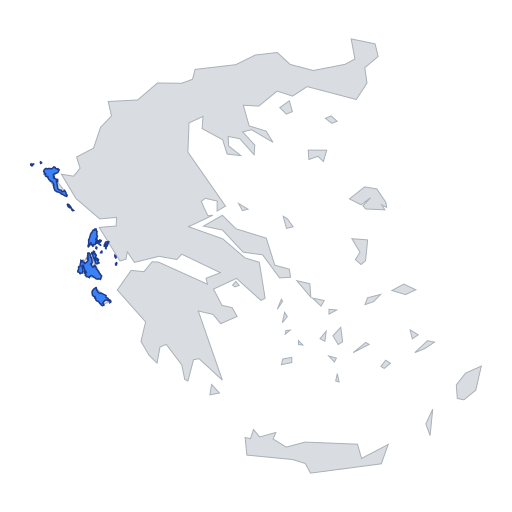 Ionion Nison, Ionioi Nisoi, Greece shown in context
{"feature_id": "26713481B82557054028644", "entity_name": "Ionion Nison", "entity_type": "district", "adm_level": 2, "iso_a3": "GRC", "parent_name": "Greece", "parent_adm1": "Ionioi Nisoi", "projection": "orthographic", "projection_center": [20.46, 38.773], "detail": "fine", "context": "in_parent", "style": "filled", "palette": "blue", "viewbox_px": 512, "rotation_deg": 0, "n_neighbors": 0, "source": "geoboundaries", "source_scale": "gbopen_adm2", "svg_char_len": 9373}
<svg xmlns="http://www.w3.org/2000/svg" viewBox="0 0 512 512"><path d="M351.2,38.9L375.1,43.9L378.1,56.5L364.8,67.7L367.0,83.0L356.3,99.5L307.1,86.6L292.6,96.1L277.1,91.1L258.8,106.1L243.3,105.2L249.1,125.9L266.1,131.1L273.0,142.3L251.5,129.7L242.6,131.9L254.8,145.1L254.1,154.7L239.8,138.7L228.1,136.5L228.7,146.0L240.8,155.6L227.2,154.1L222.6,139.7L202.1,128.6L203.0,116.4L189.0,122.9L187.9,152.1L225.5,206.1L217.1,211.0L217.2,201.1L205.2,198.3L201.3,201.4L203.7,207.0L207.9,215.8L212.9,215.2L188.5,226.7L222.8,238.9L245.0,257.9L259.3,262.3L265.1,298.2L260.9,300.4L236.5,278.4L213.5,289.1L222.0,305.4L232.1,307.6L237.1,316.4L220.7,323.7L213.1,314.4L198.3,311.0L222.3,380.1L199.1,358.7L193.5,359.7L187.9,381.0L184.7,379.3L181.8,364.9L166.3,344.4L160.0,347.0L157.0,363.1L149.0,355.2L141.0,341.4L145.6,321.9L117.3,290.0L131.1,270.4L143.9,271.7L152.1,261.8L158.5,262.1L207.5,284.2L206.0,278.3L220.4,272.7L181.8,254.2L176.8,259.5L159.0,256.3L134.5,262.4L127.3,251.9L126.0,259.2L120.0,261.0L99.2,227.4L116.2,226.0L116.5,217.4L99.7,218.9L76.0,198.6L61.4,174.2L73.5,176.2L80.1,168.3L76.6,157.0L93.5,148.2L100.6,127.3L111.5,115.9L108.2,101.5L137.6,100.0L157.5,83.0L181.5,83.3L192.5,79.3L195.1,69.4L235.7,64.7L255.4,55.0L277.3,52.5L290.1,64.4L313.3,70.5L345.1,64.3L354.9,59.0L351.2,38.9ZM259.7,437.0L275.8,432.5L273.1,439.0L286.2,447.1L305.0,442.1L357.5,444.2L361.5,458.4L388.2,444.5L381.3,463.8L310.5,473.1L305.3,463.5L292.4,459.5L246.9,455.1L245.1,437.5L250.5,438.7L253.5,429.5L259.7,437.0ZM222.4,215.3L236.0,228.8L266.3,238.2L274.8,265.2L289.4,269.2L290.5,277.3L279.6,277.9L262.6,254.8L243.1,252.2L222.5,230.0L203.5,226.1L222.4,215.3ZM376.8,188.9L385.9,202.4L386.6,207.3L381.7,204.9L384.9,209.8L365.7,209.0L362.9,205.7L370.6,197.7L361.1,204.8L349.5,198.9L364.6,186.9L376.8,188.9ZM463.9,399.8L457.3,398.5L456.3,384.9L465.6,373.1L481.3,366.1L475.8,390.1L463.9,399.8ZM365.6,260.6L361.1,264.5L355.4,259.6L360.0,252.3L351.9,238.7L367.6,239.9L365.6,260.6ZM89.0,252.9L100.3,274.1L99.0,278.7L87.0,276.4L83.5,268.3L78.5,271.7L89.0,252.9ZM65.0,191.8L55.5,189.9L44.0,170.4L57.7,170.1L53.8,176.8L65.0,191.8ZM326.7,150.2L323.4,161.5L317.9,156.3L308.9,159.5L308.2,150.1L326.7,150.2ZM403.8,284.1L415.8,289.8L405.5,294.6L391.9,290.5L403.8,284.1ZM292.4,111.6L286.4,114.1L279.8,107.6L289.3,100.8L292.4,111.6ZM95.5,287.7L110.8,301.7L101.9,304.5L91.9,292.4L95.5,287.7ZM342.6,341.8L338.2,344.5L332.9,335.8L340.8,327.3L342.6,341.8ZM309.8,283.7L310.8,297.2L296.8,280.7L309.8,283.7ZM432.7,409.2L430.1,435.6L425.8,423.9L432.7,409.2ZM96.5,242.5L88.6,246.1L95.5,229.4L96.5,242.5ZM219.4,393.0L209.9,394.9L211.6,384.5L219.4,393.0ZM414.8,352.6L427.5,340.7L434.5,342.1L424.8,348.6L414.8,352.6ZM365.0,304.6L367.5,297.8L380.6,294.4L373.7,301.6L365.0,304.6ZM326.2,331.2L324.9,341.3L320.0,338.7L326.2,331.2ZM324.2,300.5L321.0,306.1L312.5,298.1L324.2,300.5ZM293.1,226.8L286.5,228.4L283.2,216.3L287.2,218.6L293.1,226.8ZM337.1,121.3L331.8,123.3L325.4,118.3L331.1,115.9L337.1,121.3ZM291.8,357.4L291.8,362.5L281.4,364.7L282.8,359.0L291.8,357.4ZM369.1,344.4L353.2,352.6L365.8,342.4L369.1,344.4ZM282.6,301.3L277.3,309.2L281.4,299.2L282.6,301.3ZM336.7,310.0L329.0,314.1L329.0,309.3L336.7,310.0ZM390.5,363.3L384.2,368.4L380.9,366.4L385.7,360.2L390.5,363.3ZM418.2,334.8L412.3,338.8L410.1,329.9L418.2,334.8ZM287.3,316.5L282.4,322.7L284.6,312.3L287.3,316.5ZM95.9,254.4L96.3,262.9L92.0,252.6L95.9,254.4ZM336.4,358.1L334.4,362.0L328.7,355.9L336.4,358.1ZM248.0,209.2L242.4,210.6L238.6,203.5L248.0,209.2ZM239.2,285.3L235.0,286.9L232.6,285.2L235.7,281.3L239.2,285.3ZM290.3,330.1L285.2,334.2L285.9,330.6L290.3,330.1ZM337.3,373.6L339.1,382.0L335.7,381.0L337.3,373.6ZM302.9,345.0L298.5,344.6L298.5,340.6L302.9,345.0Z" fill="#d9dde1" stroke="#a8b0b8" stroke-width="1"/><path d="M89.1,253.0L87.9,253.0L87.7,253.3L88.0,254.1L87.6,255.6L88.0,256.1L87.8,257.0L88.3,258.6L88.2,258.9L87.8,259.1L87.7,258.6L87.2,258.5L87.2,258.9L88.0,259.4L88.2,260.1L87.5,261.5L85.3,263.3L84.7,263.5L84.3,262.4L83.7,262.7L83.1,262.3L83.0,261.8L82.9,260.4L82.0,260.7L81.3,261.8L81.2,260.9L80.9,260.4L80.7,260.9L80.8,262.2L80.2,264.5L80.2,265.7L79.8,266.4L78.8,266.6L78.5,267.2L78.7,269.0L77.7,271.1L77.8,271.8L78.1,272.1L78.8,272.2L79.6,272.7L79.9,273.6L80.2,273.7L80.4,273.3L82.8,272.9L82.8,268.8L82.3,267.8L82.4,266.8L81.9,266.2L82.3,265.4L83.1,265.3L83.4,265.4L83.8,267.6L84.5,268.9L84.9,270.2L85.4,270.6L85.8,271.7L86.4,272.5L86.2,272.7L85.9,272.7L84.7,270.9L84.3,271.1L84.9,272.3L84.6,273.1L85.7,274.6L85.3,275.4L86.3,276.2L86.5,276.7L87.5,276.6L89.2,277.5L89.2,276.9L89.7,276.5L90.3,276.3L90.9,275.8L91.8,275.7L92.9,276.2L93.8,277.1L95.4,278.0L96.0,278.8L98.0,279.2L99.1,278.7L100.4,279.4L100.8,278.8L100.9,277.8L101.6,276.3L101.5,275.6L100.5,274.8L100.0,273.8L99.4,273.2L98.6,271.6L96.5,268.9L95.6,266.5L95.4,266.3L94.5,266.5L94.9,265.6L94.8,265.3L94.6,265.3L94.1,265.6L94.1,266.1L93.3,267.1L92.6,267.1L91.7,265.6L91.4,264.5L90.7,264.0L92.2,262.9L92.0,260.8L91.4,257.6L90.7,257.3L90.8,256.8L90.3,255.8L90.0,253.8L89.1,253.0ZM55.2,167.4L53.8,166.9L52.6,168.2L51.3,168.9L50.6,168.6L49.5,168.6L49.0,168.4L47.4,169.0L46.3,168.4L45.5,168.6L44.5,169.5L43.7,171.2L43.1,171.3L43.7,171.5L44.3,172.3L44.4,173.3L44.3,174.0L44.5,174.0L44.8,173.2L45.7,173.8L45.3,175.6L45.5,176.0L46.6,176.7L47.3,176.3L47.9,176.6L47.8,177.4L48.8,179.5L50.1,180.3L50.2,181.0L51.7,181.5L52.8,182.7L53.9,184.6L53.5,185.6L53.8,186.4L53.9,187.7L54.9,190.4L57.1,191.9L58.0,191.9L60.1,192.8L61.3,194.0L62.8,194.5L65.4,196.1L66.1,196.0L66.7,196.4L67.2,195.2L66.4,194.4L66.0,193.6L65.9,192.5L64.6,190.4L63.9,191.1L62.1,191.8L61.7,191.5L61.3,190.3L59.7,190.0L58.1,189.1L57.7,188.5L57.5,187.2L57.5,185.7L57.0,184.5L56.8,183.2L57.0,182.0L56.4,181.2L56.6,180.6L56.8,180.8L57.0,181.7L57.7,181.4L57.7,180.7L57.4,180.4L57.7,179.6L57.6,179.4L56.4,179.3L54.7,178.6L54.1,178.0L53.9,178.1L53.5,177.3L53.7,177.1L54.3,177.1L54.2,176.7L53.5,176.2L53.6,175.3L53.3,175.0L53.7,174.2L54.4,174.1L55.4,173.3L56.4,173.2L57.8,172.5L59.2,169.9L58.5,169.2L58.3,169.6L57.9,169.4L57.4,168.7L56.9,169.0L55.8,168.5L55.4,168.1L55.2,167.4ZM99.7,293.4L98.0,292.2L97.5,290.9L97.1,290.8L96.8,290.3L96.7,289.9L96.4,289.3L96.4,288.3L96.2,287.6L95.9,287.6L93.5,289.3L92.4,290.8L92.1,292.1L92.1,293.0L92.4,293.6L92.3,294.7L92.4,295.1L93.4,296.2L94.9,296.6L95.0,297.0L94.6,297.3L94.6,298.0L95.6,298.4L95.7,299.6L96.5,300.7L98.8,301.8L99.7,303.3L100.4,304.0L101.0,304.1L101.1,304.8L101.7,305.3L102.6,305.7L104.0,305.1L103.9,304.4L102.8,303.4L103.1,302.4L103.9,301.7L104.3,300.9L105.6,300.1L107.0,300.0L107.5,300.5L109.2,301.0L109.9,301.8L110.5,301.9L110.3,302.4L110.8,302.1L110.6,300.6L110.4,300.3L108.5,299.4L108.1,298.4L106.0,297.4L105.9,297.1L106.1,295.6L102.2,293.6L100.5,293.0L99.7,293.4ZM95.0,230.0L94.9,229.6L95.6,229.0L95.0,228.9L94.4,230.2L93.5,229.9L93.1,230.2L92.4,231.2L91.9,232.6L91.1,233.1L90.7,233.8L89.5,238.2L88.6,239.8L88.7,243.1L88.3,245.4L88.0,245.8L88.3,246.8L87.9,247.4L89.4,245.7L90.6,242.9L91.2,243.1L91.1,243.9L91.6,244.8L92.5,244.8L92.4,245.7L92.8,246.3L93.2,246.1L92.9,245.6L92.9,245.1L93.4,244.5L94.4,244.8L95.1,244.6L95.2,243.8L95.5,243.6L95.6,242.4L95.8,242.5L96.2,243.4L96.5,243.5L96.9,243.3L97.0,242.2L96.4,240.5L97.0,239.9L96.9,238.8L96.6,238.3L96.2,238.7L96.4,239.4L96.2,239.9L95.9,240.0L95.7,239.8L95.8,239.1L96.1,238.8L96.3,238.1L97.2,237.1L97.4,236.6L97.4,236.0L96.9,235.3L96.7,234.6L96.9,234.1L96.8,232.6L97.1,231.8L96.8,231.6L96.3,229.9L95.0,230.0ZM94.4,253.9L94.4,252.5L94.6,251.8L93.8,251.2L93.4,251.2L93.2,251.7L93.5,252.0L93.5,252.7L93.2,253.4L92.0,252.6L91.8,252.7L91.6,253.2L92.2,254.9L92.9,255.4L92.9,256.2L93.3,257.4L94.2,259.2L94.2,260.1L94.6,260.7L95.1,260.9L95.5,262.8L96.1,263.6L97.0,263.9L99.1,262.9L98.9,262.6L98.0,262.2L97.9,261.3L97.9,260.9L98.3,260.6L97.9,260.0L98.4,259.6L97.6,258.6L96.7,258.2L97.0,258.6L96.7,258.9L96.2,258.5L95.9,258.9L96.7,259.5L96.8,259.9L96.1,259.3L95.6,259.4L95.0,260.0L94.6,259.8L94.6,259.0L96.2,255.4L95.5,254.5L95.7,254.3L95.5,254.0L95.3,253.8L95.2,254.2L94.9,254.2L94.4,253.9ZM108.5,241.5L107.4,241.9L106.2,241.8L105.5,242.3L105.0,243.7L104.6,244.1L104.2,245.2L104.3,246.3L104.7,246.2L105.0,245.8L105.4,245.1L105.2,244.7L105.6,244.4L107.1,243.9L107.5,243.2L108.4,242.8L108.8,242.0L108.8,241.6L108.5,241.5ZM99.9,239.9L99.5,240.5L98.5,240.8L97.8,240.6L97.5,242.5L99.3,244.4L101.1,245.6L100.4,244.7L99.3,244.1L98.6,243.0L98.7,242.5L99.1,242.0L99.4,242.3L100.1,242.2L100.7,241.7L101.1,241.0L101.2,240.6L100.4,240.6L100.4,240.2L99.9,239.9ZM71.3,208.1L71.0,207.3L70.3,206.9L70.4,206.3L69.7,205.7L69.2,204.9L67.9,204.1L67.4,204.3L67.4,204.9L68.2,206.7L69.7,207.8L71.3,208.1ZM31.8,164.3L31.1,163.8L30.7,164.3L30.8,165.1L31.4,165.8L32.5,165.7L33.0,164.6L33.6,164.1L33.1,163.9L31.8,164.3ZM106.1,248.6L105.9,247.8L106.3,247.0L107.1,246.1L107.7,244.6L107.4,244.7L106.4,246.3L105.7,247.0L105.5,248.2L105.7,248.6L106.1,248.6ZM116.0,256.3L115.6,256.1L114.9,255.3L114.8,256.0L115.1,257.1L115.8,258.0L116.1,257.7L116.0,256.3ZM100.6,252.7L101.9,252.7L102.0,251.5L101.8,251.1L101.6,251.1L100.7,252.3L100.6,252.7ZM96.6,248.8L96.9,247.3L96.6,247.0L96.1,247.0L95.8,248.4L96.6,248.8ZM116.5,262.9L116.4,262.7L116.1,262.9L116.0,263.4L116.2,263.8L115.5,264.0L115.7,265.0L116.2,265.0L115.9,264.4L116.1,264.1L116.5,264.2L116.8,263.6L116.7,262.9L116.5,262.9ZM72.7,210.7L73.6,210.5L72.1,209.1L71.6,209.6L71.8,210.0L72.6,210.4L72.7,210.7ZM40.7,163.4L41.4,163.1L41.6,162.9L41.5,162.4L40.5,161.9L40.4,162.5L40.7,163.4Z" fill="#3b82f6" stroke="#1e3a8a" stroke-width="1.5"/></svg>